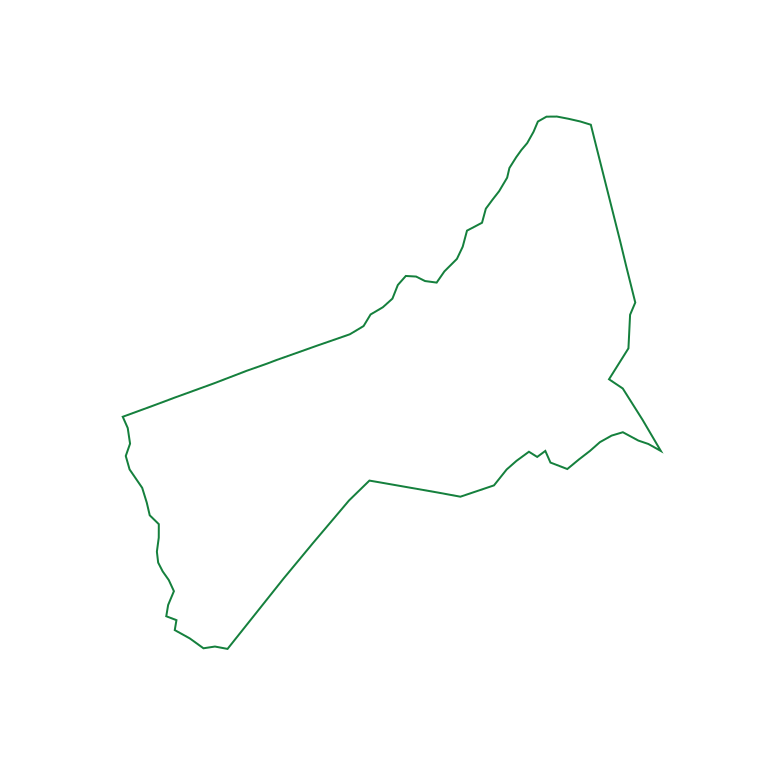 outline of João Alfredo, Pernambuco, Brazil, rotated 338°
{"feature_id": "56859067B12344911286731", "entity_name": "João Alfredo", "entity_type": "district", "adm_level": 2, "iso_a3": "BRA", "parent_name": "Brazil", "parent_adm1": "Pernambuco", "projection": "robinson", "projection_center": [-35.594, -7.855], "detail": "fine", "context": "isolated", "style": "outline", "palette": "green", "viewbox_px": 768, "rotation_deg": 338, "n_neighbors": 0, "source": "geoboundaries", "source_scale": "gbopen_adm2", "svg_char_len": 1292}
<svg xmlns="http://www.w3.org/2000/svg" viewBox="0 0 768 768"><g transform="rotate(338 384 384)"><path d="M117.6,354.0L116.1,367.9L120.9,389.7L119.6,405.1L117.6,418.0L122.7,429.6L117.6,442.1L110.6,454.4L107.7,465.0L108.6,474.9L111.0,485.1L111.6,497.4L101.1,508.0L95.1,517.8L103.1,525.2L97.8,533.8L108.6,547.1L117.6,561.4L128.9,564.1L139.7,571.0L218.1,526.7L258.5,504.9L291.8,487.4L307.9,478.9L334.3,468.1L344.0,474.1L393.4,504.9L412.6,517.1L448.0,519.2L465.7,509.2L478.0,504.9L493.0,501.1L498.7,509.0L508.5,506.5L508.9,519.2L522.1,531.5L536.7,526.9L549.9,523.2L562.4,518.8L575.7,517.1L587.4,518.2L598.6,531.7L606.6,538.6L615.6,549.8L610.3,514.0L603.7,477.6L594.4,463.9L624.0,442.5L638.1,412.0L647.5,402.6L652.6,366.2L656.4,340.5L670.0,241.9L672.9,221.1L664.3,214.1L654.4,207.2L644.5,200.8L634.8,197.0L625.0,198.3L617.1,206.2L607.0,214.3L599.2,218.4L591.6,223.2L581.2,230.7L575.5,238.8L562.9,248.4L553.9,253.6L544.1,259.6L535.3,271.2L518.4,272.9L508.4,286.2L498.5,295.3L482.2,302.2L470.8,309.7L460.6,303.9L454.0,296.4L444.7,292.0L433.9,297.4L423.8,308.0L411.7,312.4L397.6,314.5L386.8,322.6L370.9,325.1L336.9,323.4L293.3,321.5L283.4,321.3L261.5,320.3L226.5,319.7L184.8,318.2L161.7,317.6L129.5,316.5L129.9,328.8L126.2,344.2L117.6,354.0Z" fill="none" stroke="#15803d" stroke-width="2"/></g></svg>